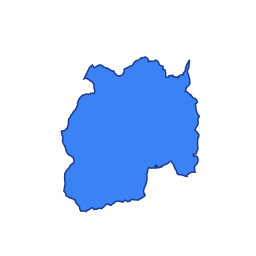 outline of Dumitra, Bistrita-Nasaud, Romania, rotated 149°
{"feature_id": "2599482B84114248322814", "entity_name": "Dumitra", "entity_type": "district", "adm_level": 2, "iso_a3": "ROU", "parent_name": "Romania", "parent_adm1": "Bistrita-Nasaud", "projection": "albers", "projection_center": [24.426, 47.212], "detail": "fine", "context": "isolated", "style": "filled", "palette": "blue", "viewbox_px": 256, "rotation_deg": 149, "n_neighbors": 0, "source": "geoboundaries", "source_scale": "gbopen_adm2", "svg_char_len": 5740}
<svg xmlns="http://www.w3.org/2000/svg" viewBox="0 0 256 256"><g transform="rotate(149 128 128)"><path d="M156.3,60.9L155.3,61.0L151.6,60.9L148.3,61.2L148.0,61.8L148.2,62.2L148.3,62.8L147.8,62.9L147.7,63.6L147.9,64.4L146.8,66.4L146.3,67.1L146.0,67.2L144.8,68.3L143.7,69.2L142.5,69.8L142.0,70.3L141.2,70.8L140.1,72.2L139.5,72.6L138.7,73.6L137.3,75.5L136.8,76.7L136.0,78.1L135.8,78.8L134.2,79.9L133.0,81.5L131.6,82.9L130.7,83.5L129.7,82.3L124.6,79.3L124.8,79.7L124.7,80.4L124.9,81.1L124.7,81.5L124.1,80.9L123.8,80.3L123.6,80.2L123.5,80.8L123.6,81.4L123.5,81.6L123.3,81.8L123.1,81.7L122.8,81.1L122.7,80.5L123.0,79.2L122.6,79.1L121.5,77.8L120.7,77.8L120.3,78.2L120.0,78.1L119.7,77.9L119.6,77.5L119.3,77.2L119.1,77.3L118.7,77.7L118.4,77.6L118.1,77.9L117.2,77.8L116.7,78.0L116.2,77.7L112.2,77.1L109.8,77.7L109.4,77.7L108.3,77.3L108.1,76.8L108.1,75.7L108.0,74.7L107.7,74.0L107.8,73.3L108.2,72.3L108.2,71.1L108.6,69.1L108.7,68.3L108.5,67.3L108.6,65.8L109.3,63.7L108.9,62.4L108.4,61.8L106.0,60.1L104.5,58.3L104.4,57.9L103.5,57.2L103.3,56.8L102.3,56.1L102.1,56.9L101.3,57.3L98.1,57.7L94.9,56.8L94.1,56.1L93.7,56.0L93.2,55.6L93.0,56.9L92.7,57.2L92.6,57.7L91.8,58.8L91.6,59.8L91.2,60.4L88.9,61.4L87.5,61.8L86.6,62.2L85.9,62.7L84.3,64.7L84.0,65.3L83.5,67.2L83.6,67.9L83.7,68.5L83.7,68.8L85.1,69.2L86.4,70.2L85.5,71.9L84.8,71.1L82.5,71.0L81.4,72.3L79.3,73.6L78.1,75.3L77.6,76.9L76.9,77.9L76.6,78.6L74.9,81.3L73.9,82.6L71.8,84.2L70.9,85.5L70.7,85.6L70.6,85.9L70.9,86.6L70.9,88.7L71.0,88.8L71.4,90.7L71.7,91.5L71.7,91.8L71.1,92.1L68.8,93.8L67.6,94.1L66.5,94.8L65.7,95.6L65.0,96.6L64.6,97.6L64.1,98.3L63.2,100.1L61.2,100.9L60.9,101.2L60.8,102.1L61.1,102.6L61.1,103.4L61.0,105.5L60.7,106.8L59.7,110.0L59.5,110.5L58.6,111.9L58.3,112.6L58.1,113.7L57.9,114.0L56.5,114.0L55.3,114.4L55.0,114.7L54.8,115.9L55.0,118.1L55.8,119.3L56.1,119.3L56.4,119.6L56.7,120.2L56.8,121.4L56.8,122.1L57.3,123.0L57.3,123.5L57.1,123.7L56.9,124.2L57.1,124.3L57.5,124.7L57.9,125.3L57.9,125.8L58.4,127.1L58.6,127.9L59.1,128.9L59.5,129.5L60.2,130.0L59.4,130.2L59.0,130.5L58.9,130.8L57.8,131.8L57.5,132.4L56.6,132.8L55.6,132.8L54.8,133.1L54.2,133.2L53.7,133.6L52.6,133.8L51.9,134.6L51.1,135.7L50.8,136.7L49.9,138.5L49.4,140.1L49.3,141.0L48.7,142.2L48.7,143.1L48.5,144.5L47.9,146.0L46.8,147.2L45.0,148.3L40.1,154.8L45.4,151.8L47.0,150.3L47.4,150.2L49.0,148.1L49.8,147.5L52.2,146.5L52.7,146.1L53.0,145.3L54.7,146.0L57.0,146.3L58.4,146.3L58.4,145.7L59.3,145.9L59.3,145.4L59.6,145.3L59.8,145.6L59.9,146.5L61.1,147.2L61.5,147.8L63.2,149.1L62.4,150.0L64.3,151.0L66.2,151.6L67.0,150.7L69.4,152.2L67.3,156.0L67.1,156.4L67.0,157.8L66.7,158.3L66.3,158.4L68.0,160.8L67.5,161.0L67.1,161.1L67.0,161.7L66.5,162.5L66.3,162.6L68.7,166.1L68.3,167.1L68.1,167.8L68.1,169.6L68.6,170.7L69.3,171.6L69.2,171.8L69.6,172.0L70.2,171.9L72.2,172.3L75.1,174.3L75.1,174.1L76.4,174.4L75.4,176.8L75.3,177.1L76.1,179.2L76.6,179.9L76.9,179.8L77.5,180.2L79.0,180.5L79.7,181.0L80.5,181.2L81.5,181.3L82.4,180.9L83.6,180.8L85.1,181.2L86.0,181.2L86.6,181.5L88.3,181.2L89.8,180.7L90.0,180.4L91.2,179.8L92.0,179.5L92.9,179.4L93.4,179.5L94.0,179.9L94.3,180.0L96.7,179.9L100.5,180.4L101.2,180.2L102.2,178.4L102.8,177.8L103.2,177.5L103.5,177.5L104.9,176.7L106.6,176.3L107.8,177.0L109.1,177.3L109.6,177.8L110.3,178.9L110.7,179.8L111.1,181.7L110.9,183.2L111.2,183.5L111.3,184.0L111.1,184.4L111.8,184.5L112.0,184.9L112.1,185.2L112.6,185.7L113.2,186.5L113.3,186.9L113.3,187.1L113.8,187.4L114.6,189.8L115.1,190.0L116.1,190.9L116.5,191.8L117.3,192.3L117.3,192.7L118.1,195.1L119.6,196.5L120.5,196.9L122.0,196.9L123.2,197.1L124.4,196.9L125.9,197.2L126.0,197.6L126.1,200.4L129.6,199.8L140.4,192.8L139.0,192.5L137.4,191.4L137.3,190.7L136.4,189.2L136.3,188.5L136.3,188.4L136.2,188.1L135.0,186.3L134.8,183.4L135.0,182.2L135.4,181.8L136.6,179.6L137.0,177.7L138.0,175.9L139.0,175.3L140.1,175.6L140.7,176.3L142.6,177.0L143.2,176.8L144.4,176.8L144.6,177.3L145.5,178.2L147.0,178.8L148.2,178.8L149.0,179.3L150.0,179.2L150.5,179.4L151.3,179.4L151.9,179.0L153.2,178.7L153.6,178.7L153.9,178.4L155.9,177.5L158.9,174.9L158.9,174.4L159.8,173.2L161.9,171.9L162.6,171.6L163.3,170.9L163.9,170.7L165.1,170.5L167.3,169.7L167.7,169.1L168.1,168.9L169.8,168.6L171.1,167.7L171.9,167.0L173.9,166.4L175.9,164.1L177.6,161.3L178.5,160.7L179.2,160.4L180.5,158.8L181.0,159.0L182.0,159.0L183.8,158.3L185.4,159.3L185.5,159.5L187.0,159.3L187.0,158.9L187.4,158.1L187.7,157.0L188.0,156.7L188.2,155.9L188.4,155.1L188.2,154.7L188.4,153.8L189.9,152.0L190.9,150.4L191.1,149.8L191.4,147.1L191.8,143.7L192.8,140.2L193.0,138.2L192.7,136.1L192.9,135.9L191.6,134.0L190.4,131.7L190.1,130.7L190.6,130.1L190.5,129.3L191.4,127.4L192.0,126.4L194.3,125.9L195.4,126.0L197.5,125.2L197.9,125.0L198.6,124.4L200.3,124.0L202.9,123.1L205.7,121.4L208.4,117.3L210.6,112.6L215.2,107.3L215.5,106.7L215.2,105.6L215.1,104.5L215.2,104.0L215.8,102.6L215.9,101.7L214.4,99.3L213.9,97.9L212.7,97.2L212.5,96.5L211.8,95.8L211.1,94.7L211.0,93.9L210.4,93.8L210.1,93.2L210.9,91.9L211.2,90.6L210.9,89.4L210.8,88.8L210.8,88.2L210.7,87.7L210.3,86.8L210.1,85.7L210.4,85.1L210.8,83.8L211.2,82.9L211.1,81.8L211.2,81.7L211.3,81.2L211.0,80.9L209.9,80.4L208.9,79.6L208.4,79.5L207.9,79.2L207.5,79.0L207.1,78.0L206.1,78.2L203.5,78.2L201.7,78.1L200.7,78.3L199.8,78.3L199.1,75.6L197.3,75.1L196.8,74.5L196.2,74.4L195.5,74.5L194.4,74.3L192.0,72.4L191.2,72.7L189.3,72.9L185.3,73.9L185.0,73.6L184.8,73.8L184.7,73.7L184.1,72.7L184.0,72.3L183.5,71.7L183.3,71.3L182.8,70.9L182.6,70.5L182.3,70.4L181.2,70.8L179.7,71.0L179.1,70.8L178.5,70.8L177.3,71.3L175.9,71.2L175.3,71.1L173.5,70.0L172.8,69.4L172.1,68.8L170.9,67.1L170.0,67.2L168.9,67.5L167.4,67.6L166.8,66.1L166.1,64.9L164.5,64.8L163.9,64.3L163.6,64.3L162.8,64.7L162.2,65.0L161.2,65.0L161.1,64.6L160.7,64.0L156.3,60.9Z" fill="#3b82f6" stroke="#1e3a8a" stroke-width="1.5"/></g></svg>